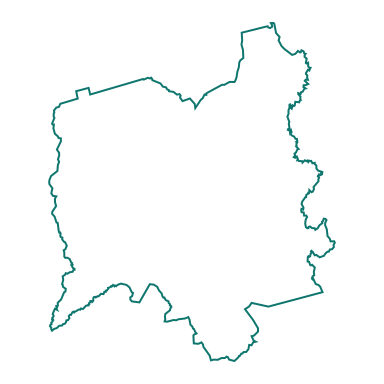 Builsa North, Upper East, Ghana (Robinson projection)
{"feature_id": "2480657B79468660523811", "entity_name": "Builsa North", "entity_type": "district", "adm_level": 2, "iso_a3": "GHA", "parent_name": "Ghana", "parent_adm1": "Upper East", "projection": "robinson", "projection_center": [-1.22, 10.711], "detail": "fine", "context": "isolated", "style": "outline", "palette": "teal", "viewbox_px": 384, "rotation_deg": 0, "n_neighbors": 0, "source": "geoboundaries", "source_scale": "gbopen_adm2", "svg_char_len": 5884}
<svg xmlns="http://www.w3.org/2000/svg" viewBox="0 0 384 384"><path d="M51.0,176.1L49.4,180.1L49.2,182.7L49.4,184.1L52.4,188.3L51.3,193.3L52.9,195.8L56.3,196.4L55.0,198.5L55.0,202.1L56.1,206.1L52.3,211.7L52.1,213.8L54.6,216.6L56.5,222.5L57.7,222.9L58.7,230.9L59.3,232.7L60.2,232.5L60.7,233.9L60.2,235.5L60.6,236.9L62.4,237.6L62.2,239.4L63.9,241.7L65.1,242.2L66.8,245.8L65.3,249.3L63.7,250.3L64.3,252.4L64.3,256.6L65.3,257.9L67.1,257.7L69.6,258.9L71.1,262.3L72.0,263.0L71.4,264.8L72.5,264.8L72.1,266.6L73.1,268.2L74.5,268.8L74.5,269.8L73.5,269.9L72.6,271.8L69.6,272.3L67.4,273.7L65.8,273.2L65.1,274.7L62.7,276.3L63.2,280.0L62.1,284.3L62.8,285.0L62.9,286.7L65.8,288.9L65.4,291.6L64.1,292.3L61.1,299.5L57.7,302.8L57.9,305.6L56.2,306.1L57.1,307.6L56.2,308.4L56.9,309.7L55.0,308.7L53.1,312.9L52.7,314.2L53.6,315.5L53.5,316.5L52.3,317.8L53.1,319.7L52.2,319.7L52.7,321.2L51.3,322.8L51.5,324.3L50.5,324.6L50.0,326.2L51.3,327.7L51.2,329.3L52.1,330.7L54.0,329.0L56.9,328.0L59.1,325.8L62.1,325.5L63.1,324.1L64.8,323.8L66.1,322.1L66.3,320.5L68.2,320.0L69.4,318.1L68.8,316.1L70.0,314.7L71.0,314.9L72.5,312.1L73.4,311.7L74.0,312.3L74.3,311.6L75.3,311.6L79.1,309.4L80.3,309.7L81.0,308.5L83.0,309.0L86.0,305.7L88.4,305.4L88.2,304.8L89.4,304.0L89.0,303.1L90.7,301.7L90.5,301.1L91.4,301.0L92.1,302.0L93.3,300.8L93.3,298.2L93.9,297.1L95.8,296.8L96.0,297.3L97.7,296.2L98.6,296.3L101.0,293.8L103.5,294.1L104.3,291.9L105.8,291.8L105.8,290.6L107.0,290.4L108.2,288.8L108.1,287.9L109.5,287.6L111.2,286.1L111.7,286.6L113.0,285.0L114.4,286.3L114.9,285.5L116.1,286.2L117.5,284.9L120.9,283.6L126.5,284.9L129.5,287.4L131.8,292.3L133.0,292.9L132.1,296.1L130.3,297.4L130.4,299.8L131.9,301.4L139.4,302.4L149.8,284.2L153.7,284.6L157.2,286.8L159.1,290.6L161.6,293.3L162.5,296.4L163.4,297.7L164.4,297.5L165.6,300.0L168.5,301.3L168.7,303.0L170.1,304.3L169.9,305.4L171.2,306.2L171.4,307.0L170.4,308.2L169.9,310.3L165.3,314.0L164.9,316.8L165.3,319.0L164.6,321.4L167.1,321.7L173.6,320.0L176.2,320.3L178.3,319.3L184.9,318.5L188.3,317.1L189.5,319.6L190.4,324.7L192.3,326.5L193.0,328.6L194.1,329.1L195.0,331.6L196.5,333.5L194.3,334.4L193.4,335.5L193.8,343.4L198.3,343.8L201.5,342.4L202.9,344.4L203.5,347.0L209.6,355.5L211.0,360.4L213.8,359.6L217.8,359.8L221.3,358.1L224.9,358.0L226.7,356.6L227.9,357.2L229.1,359.6L234.4,361.0L238.5,357.2L238.8,356.1L239.8,355.9L241.3,353.6L242.5,353.5L243.5,352.1L246.3,351.9L248.4,349.2L249.2,344.9L251.5,345.3L253.2,342.3L255.7,341.7L253.7,340.7L251.6,336.2L254.0,335.6L258.0,331.6L258.0,328.2L252.9,319.7L245.0,309.2L249.1,306.5L251.6,302.9L268.4,306.6L322.5,292.2L320.2,286.7L318.6,285.1L315.7,284.0L313.3,278.8L312.6,279.4L311.9,278.5L312.7,276.2L314.2,275.3L313.8,272.0L314.8,267.5L312.1,264.8L311.0,265.4L310.1,264.9L309.1,261.8L307.6,261.5L307.8,257.0L308.4,256.2L309.3,256.8L310.1,256.3L310.6,253.8L311.8,252.5L310.9,251.4L311.4,250.8L312.9,252.1L314.7,255.3L316.2,254.9L319.7,257.3L323.9,255.8L325.7,253.2L327.5,251.7L328.9,251.6L329.8,249.5L332.1,249.2L333.9,247.0L333.5,245.1L334.8,242.7L334.2,241.3L330.6,241.4L329.8,238.7L327.5,236.0L326.8,229.3L325.1,225.0L325.3,222.5L326.5,220.1L325.5,218.9L323.7,218.7L323.1,220.8L322.0,221.7L322.4,223.1L319.4,225.3L317.7,228.3L315.3,229.8L314.6,228.2L312.0,228.1L310.1,226.5L308.6,226.9L308.4,228.1L307.2,228.2L305.9,227.1L305.2,223.6L305.7,219.6L307.1,217.0L306.3,215.6L304.1,215.6L303.7,212.4L301.6,212.2L301.2,210.6L301.5,208.9L303.2,209.5L303.5,207.7L301.6,204.0L302.1,201.8L305.4,197.1L306.1,197.1L306.3,194.8L308.9,193.3L308.4,192.5L309.4,191.8L309.4,190.2L311.5,192.2L312.8,191.6L314.0,189.0L313.5,187.1L318.5,181.2L318.3,179.4L319.1,177.8L317.8,176.2L318.9,174.5L319.4,175.5L321.5,174.6L321.0,173.2L321.4,172.4L322.2,173.1L322.4,172.0L318.1,170.6L316.4,168.5L316.4,165.6L314.7,163.9L314.7,162.8L312.4,163.3L311.2,160.9L309.8,161.2L309.0,160.6L308.2,162.0L307.3,160.6L306.4,161.2L304.9,160.3L302.5,162.6L302.2,161.2L298.8,161.0L297.9,159.8L297.4,160.0L297.8,158.8L296.8,156.6L295.4,157.8L293.8,157.2L295.1,155.4L294.5,153.6L295.9,152.6L297.5,149.2L298.5,149.0L296.1,146.3L296.6,146.0L296.4,143.9L297.2,142.4L296.3,141.8L297.3,141.2L296.9,138.9L295.5,138.8L294.2,136.7L291.4,135.2L290.5,133.6L291.6,132.1L291.1,130.5L290.0,132.7L289.6,130.3L287.9,129.9L288.2,129.0L289.6,128.7L288.8,123.9L289.3,121.8L287.4,116.7L288.5,113.9L288.5,110.2L289.4,108.2L289.5,104.7L290.0,104.4L290.3,105.4L291.1,105.6L290.7,107.7L291.7,108.7L292.6,105.3L293.8,106.1L294.7,105.6L295.3,101.8L299.2,102.3L299.6,100.9L300.8,100.1L300.2,98.6L300.5,96.8L298.2,94.0L298.2,93.1L300.6,94.0L301.0,92.3L302.7,91.7L304.3,88.8L305.6,88.4L303.4,87.0L303.7,85.2L305.5,85.2L308.2,84.0L304.8,80.8L305.8,79.6L307.9,79.8L307.1,77.5L307.3,75.3L306.0,74.1L305.9,73.2L308.0,69.7L309.3,70.5L310.5,67.8L309.0,67.5L308.2,66.3L308.1,62.7L306.4,63.5L305.8,62.9L306.7,58.6L304.6,56.9L304.6,55.5L305.6,53.8L304.2,53.4L303.6,51.3L301.5,50.3L300.7,52.3L299.9,52.4L298.0,50.9L295.3,53.9L292.1,54.9L284.3,48.9L281.5,46.0L278.6,40.4L279.6,37.0L276.1,33.1L274.3,23.8L273.5,23.0L270.9,23.1L272.1,25.2L272.1,26.8L269.9,28.1L268.1,27.3L267.7,26.3L266.5,26.5L241.7,32.7L242.2,40.3L241.5,44.7L243.0,50.2L243.3,58.0L240.4,60.3L239.3,62.3L238.8,67.4L237.5,71.3L236.4,77.8L235.0,81.4L234.4,82.0L229.6,81.9L224.2,84.9L222.2,84.7L206.4,93.3L206.3,94.9L204.5,94.5L202.7,98.3L200.8,99.8L195.3,108.1L194.7,103.9L189.9,98.5L182.5,101.1L180.0,97.5L180.6,95.6L179.5,94.1L176.9,94.6L173.5,91.9L169.0,91.2L168.8,90.0L167.1,89.4L166.1,87.4L162.8,86.6L160.6,83.5L152.4,80.2L152.1,78.8L151.1,77.7L150.1,78.5L147.8,77.8L143.8,79.6L143.1,79.0L90.2,94.5L88.6,87.9L76.2,91.2L77.7,98.6L60.3,103.8L58.9,106.9L56.3,107.6L54.0,110.5L54.3,112.6L53.7,113.5L53.7,116.7L54.4,117.8L52.1,123.7L52.6,124.5L53.9,124.6L53.4,128.3L54.9,133.8L57.9,136.4L58.6,138.0L60.9,138.4L60.9,141.3L56.9,149.6L59.1,152.8L59.2,155.5L58.0,159.4L59.1,161.8L57.9,164.9L57.4,171.0L51.0,176.1Z" fill="none" stroke="#0f766e" stroke-width="2"/></svg>